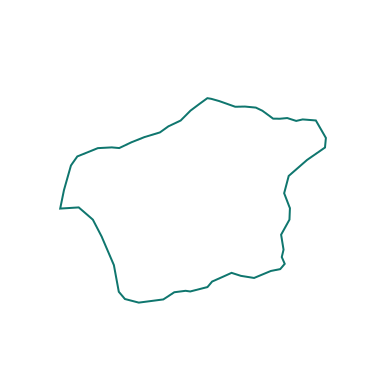 Lekie, Centre, Cameroon, rotated 212°
{"feature_id": "32672807B3101876589222", "entity_name": "Lekie", "entity_type": "district", "adm_level": 2, "iso_a3": "CMR", "parent_name": "Cameroon", "parent_adm1": "Centre", "projection": "mercator", "projection_center": [11.41, 4.138], "detail": "fine", "context": "isolated", "style": "outline", "palette": "teal", "viewbox_px": 384, "rotation_deg": 212, "n_neighbors": 0, "source": "geoboundaries", "source_scale": "gbopen_adm2", "svg_char_len": 931}
<svg xmlns="http://www.w3.org/2000/svg" viewBox="0 0 384 384"><g transform="rotate(212 192 192)"><path d="M295.0,108.1L279.9,118.9L264.4,116.5L261.4,116.0L244.8,106.2L243.7,105.4L219.5,88.6L202.3,69.8L201.2,68.6L192.2,65.7L178.5,70.0L159.4,85.7L153.9,97.6L145.1,104.8L140.8,106.7L128.5,119.6L127.5,126.7L120.4,137.2L115.6,144.4L106.1,146.8L93.8,152.0L83.3,166.8L76.3,173.4L75.3,180.2L81.4,184.4L83.8,191.6L93.8,203.0L94.7,220.2L100.4,230.2L101.8,231.2L113.2,239.8L118.5,256.9L111.4,280.2L102.8,300.2L107.1,308.8L124.9,318.3L136.6,312.2L141.3,307.5L150.4,305.2L156.3,300.7L162.1,297.2L175.4,298.2L182.6,297.4L192.4,292.5L200.5,287.2L210.5,285.0L217.2,283.5L225.1,281.2L228.7,279.7L232.3,270.8L236.4,260.2L239.5,246.6L246.8,235.2L250.8,225.5L261.4,213.4L269.7,202.1L277.0,190.7L283.7,187.3L295.1,179.3L308.1,161.4L308.6,152.7L308.7,150.3L302.0,127.2L301.6,125.8L295.0,108.1Z" fill="none" stroke="#0f766e" stroke-width="2"/></g></svg>